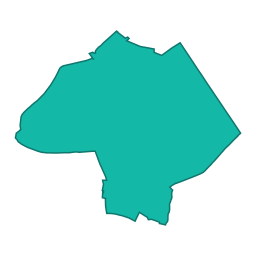 outline of Serrekunda West, Banjul, Gambia
{"feature_id": "56634734B71497134195207", "entity_name": "Serrekunda West", "entity_type": "district", "adm_level": 2, "iso_a3": "GMB", "parent_name": "Gambia", "parent_adm1": "Banjul", "projection": "mercator", "projection_center": [-16.697, 13.446], "detail": "fine", "context": "isolated", "style": "filled", "palette": "teal", "viewbox_px": 256, "rotation_deg": 0, "n_neighbors": 0, "source": "geoboundaries", "source_scale": "gbopen_adm2", "svg_char_len": 3012}
<svg xmlns="http://www.w3.org/2000/svg" viewBox="0 0 256 256"><path d="M117.7,32.0L116.5,31.1L113.8,33.6L103.2,43.1L101.1,45.4L98.6,47.2L96.6,49.4L95.4,51.1L95.4,53.1L94.3,53.1L92.7,52.3L89.3,53.5L91.5,56.5L92.5,58.5L93.6,59.0L94.3,59.3L92.1,58.4L86.5,60.5L63.8,65.7L62.1,66.4L60.3,67.7L59.1,69.6L57.8,72.5L55.4,77.2L54.1,79.4L50.7,85.0L50.1,85.7L48.3,88.2L44.0,93.9L39.0,98.9L38.6,99.4L37.8,100.2L34.0,103.2L31.2,105.6L30.1,106.7L27.8,108.6L24.2,112.1L23.6,112.8L22.1,114.6L21.1,116.9L20.1,125.6L20.7,129.0L20.8,129.2L19.3,130.9L16.3,133.2L16.0,134.9L15.4,137.9L15.6,138.2L16.9,139.5L18.3,141.8L21.9,144.4L27.4,147.3L37.6,151.1L41.3,152.2L46.5,152.8L54.6,153.0L56.7,153.0L61.9,152.8L64.4,152.7L68.7,152.7L69.5,152.7L73.0,152.2L75.1,152.0L76.6,152.0L77.2,152.0L79.2,152.3L85.1,151.8L90.8,151.4L91.0,151.3L95.2,151.2L99.6,163.2L100.0,164.2L100.1,164.3L105.5,176.4L105.9,177.7L106.6,180.1L106.6,180.3L102.6,180.2L103.5,184.2L102.4,190.2L102.3,190.5L103.5,190.8L103.5,191.7L103.5,192.3L102.8,192.3L102.8,192.6L102.7,192.5L102.4,197.7L103.6,197.9L104.4,198.2L105.5,198.4L105.4,198.6L105.4,198.8L105.6,206.0L106.7,213.4L111.2,213.5L111.3,213.5L115.9,214.1L117.1,214.5L121.7,215.6L121.9,215.6L128.8,217.9L129.4,218.2L129.6,218.3L135.1,221.2L136.7,217.7L139.4,212.3L141.9,213.9L146.3,216.7L147.4,217.4L148.4,219.7L148.5,219.7L151.0,219.3L152.1,219.5L154.7,220.4L155.0,220.5L159.5,222.2L159.4,223.5L163.2,224.3L165.4,224.9L165.5,224.7L166.0,223.4L166.5,222.7L167.0,222.1L167.4,221.7L167.5,221.6L167.6,221.1L167.9,219.7L167.9,219.0L167.9,217.3L168.1,214.1L169.0,212.4L169.1,211.9L169.4,210.7L169.5,210.2L169.6,209.7L169.6,208.4L169.6,207.7L169.6,207.3L169.6,206.0L169.5,204.3L169.5,204.2L169.7,203.5L170.5,201.8L170.9,199.9L171.2,199.5L171.5,199.0L171.9,197.3L171.8,196.4L171.7,194.1L171.7,193.0L171.8,192.4L172.6,190.0L171.9,189.5L169.8,187.1L172.1,185.4L175.6,183.3L175.7,183.5L176.3,183.3L178.1,182.6L179.1,182.2L179.8,182.0L180.8,181.6L182.3,181.0L183.6,180.5L185.2,179.9L187.0,179.2L188.6,178.5L189.2,178.3L189.3,178.3L191.1,177.6L191.9,177.3L192.1,177.2L193.1,176.8L194.0,176.4L195.0,176.0L195.4,175.9L199.7,174.1L200.1,173.9L200.4,173.8L200.8,173.6L203.1,172.4L203.3,172.2L203.5,172.1L204.6,171.1L205.4,170.4L205.8,169.8L206.2,169.5L206.3,169.3L206.5,169.1L208.8,166.7L211.2,164.3L211.3,164.2L211.2,164.1L215.7,159.4L215.8,159.2L216.6,158.3L217.4,157.5L217.5,157.3L220.9,153.4L221.0,153.2L221.6,152.6L222.2,152.0L224.4,149.4L224.5,149.2L226.0,147.7L226.8,147.0L227.0,146.8L227.2,146.5L227.3,146.5L227.7,146.1L227.8,146.1L228.2,145.7L230.3,143.6L232.2,141.6L233.8,139.9L237.4,136.5L237.5,136.4L237.3,136.2L240.6,133.2L235.1,124.9L229.1,116.0L228.7,115.4L224.8,109.7L223.9,108.3L221.5,104.7L219.7,102.0L215.8,96.3L210.3,88.1L209.9,87.5L208.3,85.2L205.7,81.3L202.2,75.9L200.6,73.5L198.7,70.8L190.5,58.4L185.9,51.5L180.1,42.8L171.4,48.3L161.7,55.4L154.1,52.4L154.1,49.3L154.1,49.0L140.3,46.5L126.7,40.8L129.1,38.5L127.7,37.1L125.3,38.2L117.5,32.2L117.7,32.0Z" fill="#14b8a6" stroke="#0f766e" stroke-width="1.5"/></svg>